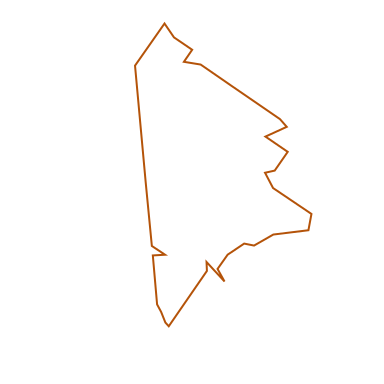 the district of Peach, Georgia, United States of America, rotated 304°
{"feature_id": "52423323B59548723036137", "entity_name": "Peach", "entity_type": "district", "adm_level": 2, "iso_a3": "USA", "parent_name": "United States of America", "parent_adm1": "Georgia", "projection": "robinson", "projection_center": [-83.838, 32.566], "detail": "fine", "context": "isolated", "style": "outline", "palette": "amber", "viewbox_px": 384, "rotation_deg": 304, "n_neighbors": 0, "source": "geoboundaries", "source_scale": "gbopen_adm2", "svg_char_len": 554}
<svg xmlns="http://www.w3.org/2000/svg" viewBox="0 0 384 384"><g transform="rotate(304 192 192)"><path d="M316.3,75.0L264.9,74.1L174.0,148.3L124.8,188.9L124.9,204.7L117.5,195.0L79.3,225.9L75.3,233.5L68.9,242.9L67.7,247.8L134.9,248.5L142.1,243.2L136.0,269.0L142.5,256.2L160.0,256.6L178.4,264.1L182.3,273.4L202.2,283.2L225.4,309.9L240.6,303.3L240.6,257.0L248.8,241.8L256.0,248.6L278.8,248.9L279.0,221.9L299.0,234.1L301.6,224.2L302.1,164.4L302.5,127.9L295.4,112.5L310.0,112.6L310.1,90.6L316.3,75.0Z" fill="none" stroke="#b45309" stroke-width="2"/></g></svg>